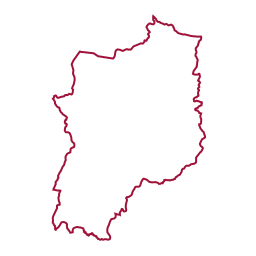 Turiscai, Manufahi, East Timor, rotated 179°
{"feature_id": "22284137B60481947224566", "entity_name": "Turiscai", "entity_type": "district", "adm_level": 2, "iso_a3": "TLS", "parent_name": "East Timor", "parent_adm1": "Manufahi", "projection": "natural_earth1", "projection_center": [125.752, -8.827], "detail": "fine", "context": "isolated", "style": "outline", "palette": "rose", "viewbox_px": 256, "rotation_deg": 179, "n_neighbors": 0, "source": "geoboundaries", "source_scale": "gbopen_adm2", "svg_char_len": 5765}
<svg xmlns="http://www.w3.org/2000/svg" viewBox="0 0 256 256"><g transform="rotate(179 128 128)"><path d="M202.6,158.5L202.0,157.9L201.0,156.3L200.5,155.2L200.6,153.8L198.8,150.9L197.4,149.8L196.4,149.6L196.1,148.8L196.0,147.5L195.0,145.2L193.8,144.1L193.0,142.9L189.7,140.6L189.0,139.8L188.9,139.2L189.4,138.2L189.6,137.3L190.2,137.3L190.6,136.8L191.1,135.3L191.0,134.7L190.5,133.5L190.0,133.6L189.6,133.3L189.2,132.9L189.2,132.2L189.8,130.7L190.7,129.8L191.3,126.8L190.6,125.3L190.1,124.8L188.0,124.8L186.6,124.0L186.2,123.5L184.9,120.0L184.7,116.6L183.7,114.9L182.2,113.6L181.9,112.5L182.1,110.2L182.6,109.7L183.3,109.6L185.1,108.7L185.7,108.0L186.1,104.7L188.7,103.6L189.4,103.1L190.9,100.6L191.0,98.8L190.8,97.0L191.9,94.9L192.2,93.1L193.0,91.5L193.9,90.5L194.5,89.4L196.0,86.0L197.1,84.8L197.4,83.8L198.7,81.6L198.8,81.2L198.4,79.5L199.1,78.9L199.3,77.5L200.5,76.3L201.4,74.9L201.2,73.3L202.4,70.6L203.5,68.5L203.6,67.6L202.8,67.7L201.4,67.1L199.0,66.7L197.1,66.7L196.7,66.4L197.7,64.3L198.1,63.2L198.0,61.9L198.8,59.5L198.4,56.1L197.6,54.2L197.6,52.9L197.8,52.4L199.0,52.4L200.1,51.9L200.4,51.4L200.3,49.1L203.9,42.0L204.6,40.2L204.8,38.6L204.6,36.5L204.8,35.6L204.9,34.6L204.3,34.0L203.8,32.5L202.7,31.4L202.9,30.8L202.6,29.7L202.6,28.0L202.0,27.5L201.4,28.6L199.3,30.0L197.9,31.9L196.4,34.6L195.8,34.9L194.3,35.1L193.4,35.0L191.9,34.3L190.8,33.2L190.6,32.6L190.9,31.7L190.5,28.7L190.3,28.3L189.7,27.9L189.2,26.9L188.8,26.6L187.5,24.3L185.1,24.7L185.1,26.7L184.8,27.7L184.0,28.8L182.2,29.6L180.3,29.9L179.3,29.6L176.9,29.3L174.4,28.3L174.0,26.0L173.5,26.0L173.4,25.6L173.7,25.0L173.3,24.9L173.1,24.3L172.5,24.6L172.2,24.5L172.1,23.7L171.5,23.2L171.4,22.7L171.1,22.3L170.8,22.5L170.2,21.8L169.8,22.0L169.6,21.3L169.2,21.1L167.8,22.7L166.6,22.5L166.4,23.2L166.0,23.5L165.7,23.5L165.4,23.2L165.3,22.4L164.6,22.2L164.4,21.3L164.0,21.1L163.5,21.3L162.9,20.7L161.6,20.4L161.6,20.1L161.3,19.8L161.5,19.4L161.3,19.1L160.2,18.3L159.9,17.6L159.3,17.7L158.0,16.8L157.3,16.8L156.2,17.5L154.9,16.7L152.7,17.3L149.9,16.7L148.9,16.9L148.3,17.1L147.8,17.8L147.7,19.5L148.3,21.0L150.4,23.9L150.5,26.5L150.1,28.7L149.5,30.1L149.1,30.6L148.0,33.8L146.9,36.2L146.2,37.2L143.6,37.7L142.9,38.1L142.2,38.8L141.9,39.6L141.8,41.1L142.1,42.5L139.5,41.6L138.7,41.7L137.6,41.2L137.7,43.4L136.9,44.8L136.1,45.9L135.7,47.1L135.3,47.2L134.7,46.9L134.2,45.4L133.7,44.7L133.0,44.6L131.4,45.2L131.2,46.1L131.4,47.7L131.6,48.5L131.6,50.8L130.3,55.9L130.4,56.8L131.1,57.8L131.0,58.2L130.5,58.8L128.5,59.1L125.8,60.7L125.0,62.2L124.8,63.5L123.9,65.3L122.7,67.0L122.0,68.5L121.5,69.0L120.5,69.2L118.6,69.1L117.4,69.5L116.9,70.1L115.5,74.2L113.8,76.8L113.1,77.0L110.3,76.1L107.5,73.7L104.9,73.2L101.7,73.4L100.6,73.2L99.2,72.7L98.5,72.2L98.1,71.6L96.7,71.6L94.9,72.7L94.3,72.2L94.0,72.6L93.9,73.3L93.4,73.8L92.9,73.9L92.7,74.2L92.6,75.4L91.8,75.5L88.8,75.0L87.8,75.2L87.0,74.8L84.9,75.5L84.0,75.4L83.4,75.6L82.6,76.3L81.9,76.3L81.1,78.0L80.0,78.4L79.4,79.2L78.2,79.9L76.9,80.4L75.2,83.3L74.7,85.5L73.9,86.2L73.0,86.3L72.5,86.6L71.9,87.8L71.0,88.8L70.0,89.3L67.7,89.2L65.5,90.7L62.4,91.1L60.9,92.1L60.6,92.5L60.5,93.2L60.4,97.3L56.1,102.6L55.3,103.0L53.9,105.5L53.5,106.3L53.6,106.9L54.2,107.7L55.6,108.7L56.4,110.7L56.3,111.2L54.2,115.4L51.4,117.0L51.1,117.4L51.1,118.0L51.2,118.6L52.6,122.9L53.5,123.5L55.6,126.4L56.1,128.1L56.8,129.4L56.7,130.5L55.9,130.5L55.3,130.9L54.9,131.6L54.6,135.1L55.3,137.3L55.5,138.8L54.6,141.3L56.6,141.9L57.0,143.1L58.2,144.2L59.9,144.5L60.3,144.8L60.6,145.4L60.2,146.2L57.7,147.0L57.0,148.3L54.1,149.5L54.0,150.2L54.2,150.6L54.1,151.2L53.7,151.5L53.8,152.4L55.7,152.9L56.9,153.6L57.5,153.5L58.9,154.1L59.9,153.6L61.1,153.4L61.5,153.8L61.8,155.8L61.2,156.6L60.1,157.4L58.8,157.6L57.9,158.6L57.1,158.9L56.9,159.6L57.4,160.9L57.2,162.8L57.0,163.5L56.3,164.2L56.4,164.8L57.3,165.7L57.3,166.4L56.0,167.8L56.0,168.6L56.6,169.7L56.3,170.5L55.4,171.7L55.2,172.1L56.0,173.5L56.7,173.7L57.1,174.3L55.2,178.0L55.2,178.5L55.7,180.9L56.3,181.0L56.9,180.4L58.4,180.1L61.0,180.4L62.1,181.0L61.4,183.8L58.1,188.2L58.2,189.5L57.8,190.1L57.8,191.3L57.6,192.1L57.6,193.2L57.1,194.3L57.3,195.4L58.0,196.6L58.3,197.7L59.2,198.8L59.3,199.3L58.9,201.1L58.2,202.1L58.2,202.7L58.9,205.3L58.9,206.5L56.6,209.3L56.3,210.3L56.4,210.8L55.8,211.9L55.7,212.9L55.3,213.2L55.1,214.0L53.9,214.7L53.6,215.1L53.2,216.9L53.4,218.1L57.5,218.2L62.9,218.8L69.9,220.7L71.3,220.5L76.2,222.0L78.3,224.1L79.7,224.8L80.2,226.9L80.8,227.7L81.0,228.9L82.6,230.4L83.1,230.6L85.6,229.9L86.0,230.0L86.9,230.9L88.0,231.4L89.4,230.8L89.8,230.8L90.8,231.5L93.9,232.7L94.5,233.5L96.1,233.6L97.2,234.6L97.7,235.3L98.3,236.8L99.1,237.4L99.6,238.2L100.8,239.3L100.9,238.7L100.9,235.8L100.8,235.4L99.7,234.1L99.8,232.4L100.3,231.6L100.8,231.3L101.6,231.3L102.4,231.4L103.8,232.1L105.0,232.0L106.3,230.9L107.4,229.5L107.7,228.9L107.7,228.2L107.0,227.2L106.3,225.3L105.1,224.4L104.6,223.5L106.2,221.9L106.3,221.1L105.5,220.2L105.4,218.9L105.6,218.4L106.0,217.8L106.9,217.2L108.1,214.9L108.5,214.9L109.4,215.3L109.9,215.3L110.1,214.8L110.2,213.8L111.4,212.4L111.8,212.1L113.8,212.4L115.3,211.7L120.8,209.6L121.3,209.2L123.6,206.5L124.1,206.3L125.5,206.5L126.4,206.3L127.3,206.8L128.6,206.7L131.4,205.3L132.0,205.2L134.7,206.3L137.1,206.8L138.8,205.6L139.2,204.6L140.0,200.3L140.8,198.7L141.8,197.7L156.7,200.3L161.0,203.3L172.4,204.8L173.1,204.7L174.3,205.2L174.9,205.2L181.4,196.4L183.2,192.7L181.8,187.7L181.6,186.6L182.0,183.5L181.9,182.8L180.6,179.8L180.5,177.8L180.6,176.3L181.6,172.3L182.6,170.4L183.2,168.6L182.2,167.1L182.8,164.0L183.2,163.2L183.6,162.6L183.9,162.5L186.2,163.2L187.8,162.0L189.8,162.1L190.5,161.8L191.1,160.9L192.1,160.8L192.5,160.5L194.2,160.4L197.3,159.3L198.5,160.0L199.4,161.6L199.9,161.8L201.3,161.2L201.5,160.0L201.7,159.5L202.6,158.5Z" fill="none" stroke="#9f1239" stroke-width="2"/></g></svg>